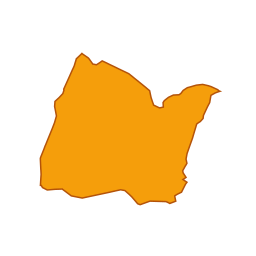 As Silw, Ta`izz, Yemen (Natural Earth projection), rotated 258°
{"feature_id": "15242507B98641384705731", "entity_name": "As Silw", "entity_type": "district", "adm_level": 2, "iso_a3": "YEM", "parent_name": "Yemen", "parent_adm1": "Ta`izz", "projection": "natural_earth1", "projection_center": [44.208, 13.346], "detail": "fine", "context": "isolated", "style": "filled", "palette": "amber", "viewbox_px": 256, "rotation_deg": 258, "n_neighbors": 0, "source": "geoboundaries", "source_scale": "gbopen_adm2", "svg_char_len": 2184}
<svg xmlns="http://www.w3.org/2000/svg" viewBox="0 0 256 256"><g transform="rotate(258 128 128)"><path d="M144.8,225.6L145.7,224.3L146.7,223.9L151.2,217.9L152.7,215.3L155.1,210.1L155.7,203.8L155.5,200.6L155.3,198.3L155.1,194.4L153.3,189.8L150.8,186.9L149.9,184.8L150.8,179.2L149.6,174.0L147.3,169.3L145.6,167.6L141.1,166.9L141.1,163.1L141.7,162.2L145.1,157.8L146.4,157.7L147.6,157.5L153.0,156.9L154.6,156.9L156.1,156.9L160.0,156.9L162.4,155.0L162.8,154.7L163.2,154.3L163.5,154.2L174.0,145.7L175.7,144.3L176.0,144.1L176.4,143.8L176.5,143.7L180.8,140.2L181.0,140.0L182.7,137.8L185.7,133.9L186.2,133.2L186.5,132.9L187.3,131.8L190.3,128.0L192.9,124.6L193.8,123.4L195.4,121.4L195.9,120.8L199.0,116.7L197.9,114.2L196.4,110.3L197.5,107.8L197.8,106.9L203.5,104.4L204.5,103.9L204.8,103.7L210.3,98.5L210.5,98.4L209.2,96.4L206.4,91.8L205.7,91.5L205.4,91.3L204.8,91.0L203.4,90.2L200.3,88.5L200.1,88.4L199.9,88.3L197.2,86.3L197.0,86.1L196.3,85.6L194.1,84.0L188.2,79.7L179.9,73.6L179.4,73.2L178.7,73.2L178.3,73.2L175.2,71.4L172.1,67.0L169.5,62.6L169.2,62.1L168.8,62.0L164.4,60.7L158.4,60.6L154.6,60.5L148.4,57.2L143.2,53.8L133.8,47.4L129.2,44.3L129.0,44.2L128.2,43.6L127.7,43.2L123.9,40.8L123.5,40.5L122.6,39.9L118.3,37.0L116.7,36.0L115.8,35.8L112.8,35.3L105.5,34.1L105.2,34.1L100.4,33.3L99.1,32.9L90.1,30.4L89.9,31.2L87.5,32.0L84.2,36.1L84.0,37.5L83.2,44.0L82.1,50.2L82.0,50.7L82.0,51.0L81.8,51.1L74.1,57.8L73.4,58.4L71.0,64.0L69.0,68.7L69.0,77.8L69.0,84.1L69.0,91.6L69.0,96.1L69.1,103.5L69.1,108.1L68.7,108.9L67.7,111.4L67.4,112.0L62.8,115.4L61.6,116.2L60.0,117.3L56.0,119.5L51.9,121.7L50.5,123.9L50.6,124.8L51.9,134.3L48.1,149.9L47.2,151.1L46.7,151.8L45.5,153.2L45.9,155.8L46.5,159.5L51.0,159.5L51.9,159.6L52.9,162.3L54.1,167.0L61.1,172.6L62.7,174.4L66.2,171.0L67.6,174.5L72.6,172.6L73.2,172.6L74.8,172.6L79.2,176.4L79.3,176.6L80.1,177.3L81.2,178.3L85.5,178.3L88.9,179.7L90.8,180.5L91.0,180.6L91.3,180.8L97.9,184.8L103.7,188.4L104.5,188.9L107.5,190.5L115.0,194.6L117.6,196.0L118.2,197.3L118.6,198.2L118.9,199.0L119.3,200.1L121.7,203.4L124.6,204.4L132.3,210.2L135.9,213.2L142.7,215.9L144.1,220.4L144.2,220.9L144.5,222.8L144.8,225.6Z" fill="#f59e0b" stroke="#b45309" stroke-width="1.5"/></g></svg>